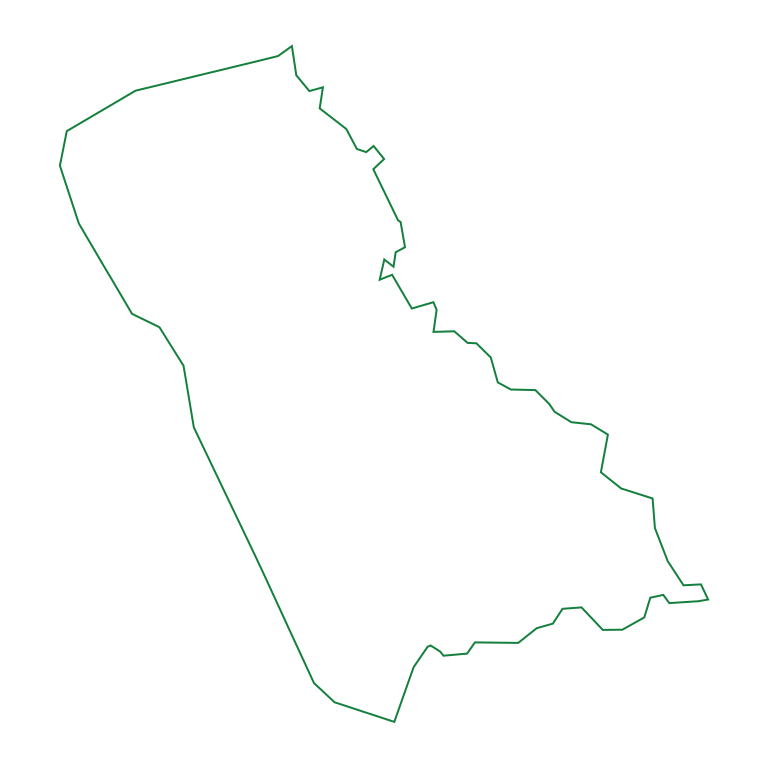 outline of Rincón, Puerto Rico
{"feature_id": "32010507B13421931783932", "entity_name": "Rincón", "entity_type": "district", "adm_level": 2, "iso_a3": "PRI", "parent_name": "Puerto Rico", "parent_adm1": "", "projection": "natural_earth1", "projection_center": [-67.225, 18.337], "detail": "fine", "context": "isolated", "style": "outline", "palette": "green", "viewbox_px": 768, "rotation_deg": 0, "n_neighbors": 0, "source": "geoboundaries", "source_scale": "gbopen_adm2", "svg_char_len": 1253}
<svg xmlns="http://www.w3.org/2000/svg" viewBox="0 0 768 768"><path d="M291.9,46.1L278.8,55.5L277.9,56.1L249.7,63.0L135.5,90.7L135.3,90.8L66.8,131.1L59.9,165.7L78.8,223.4L86.4,236.4L108.8,274.5L109.3,275.2L132.0,313.8L136.4,316.0L158.6,326.8L159.5,327.3L183.5,365.7L184.5,371.4L191.8,415.2L193.6,425.9L193.8,427.3L196.8,433.6L211.9,465.2L241.4,526.9L256.0,557.5L259.0,563.9L262.1,570.4L280.6,610.6L281.0,611.5L288.9,628.7L314.0,683.1L334.6,702.3L394.3,721.9L413.6,667.2L427.6,646.8L430.6,645.5L440.1,651.5L443.5,655.7L467.1,653.6L474.9,642.4L518.2,642.9L536.7,628.2L552.9,623.6L562.5,608.8L581.5,607.4L602.8,629.9L622.4,629.7L644.3,617.4L650.3,597.7L663.3,594.9L669.3,603.1L698.7,601.2L708.1,599.5L701.0,584.4L683.5,585.3L667.7,561.1L654.9,528.0L652.6,498.5L621.2,488.5L600.9,472.3L607.9,434.6L591.0,424.3L571.3,422.2L554.6,411.8L549.1,403.8L535.4,390.1L510.8,389.5L497.8,382.4L490.8,357.5L476.4,343.3L467.6,342.9L454.3,331.3L433.5,331.9L436.6,309.9L433.4,302.2L411.8,308.5L392.1,274.8L379.7,279.7L384.3,259.5L393.5,266.7L395.7,252.2L405.0,247.2L400.6,222.0L398.1,220.4L373.3,169.2L384.1,159.0L373.6,146.0L366.2,152.1L356.9,149.0L346.3,129.0L319.7,108.4L322.9,87.3L309.4,91.1L296.3,75.3L291.9,46.1Z" fill="none" stroke="#15803d" stroke-width="2"/></svg>